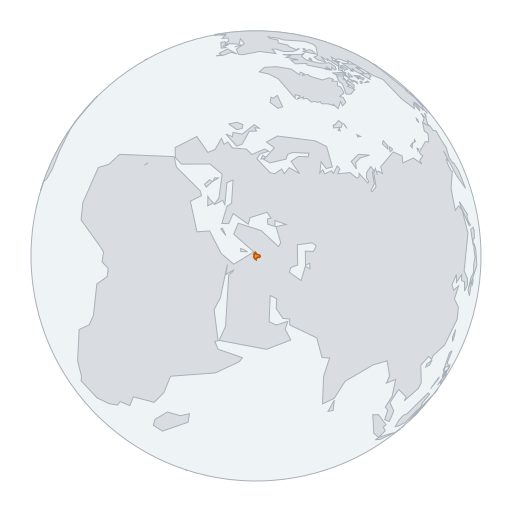 globe centered on Aleppo, rotated 38°
{"feature_id": "SYR-137", "entity_name": "Aleppo", "entity_type": "Province", "adm_level": 1, "iso_a3": "SYR", "parent_name": "Syria", "parent_adm1": "", "projection": "orthographic", "projection_center": [37.495, 36.172], "detail": "fine", "context": "on_globe", "style": "filled", "palette": "amber", "viewbox_px": 512, "rotation_deg": 38, "n_neighbors": 0, "source": "natural_earth", "source_scale": "10m", "svg_char_len": 11377}
<svg xmlns="http://www.w3.org/2000/svg" viewBox="0 0 512 512"><g transform="rotate(38 256 256)"><circle cx="256" cy="256" r="225" fill="#eef3f6" stroke="#a8b0b8"/><path d="M224.9,32.9L238.6,32.1L264.8,32.6L274.5,32.6L271.3,33.3L290.6,33.7L305.7,36.5L287.7,33.7L285.2,33.8L295.0,35.5L294.6,36.0L299.1,37.4L297.6,38.1L287.2,37.1L286.1,37.7L293.1,38.9L296.1,40.9L286.0,38.9L290.1,42.3L273.5,42.5L247.5,38.7L237.3,41.6L208.0,45.5L209.7,46.7L199.7,49.7L198.0,52.3L193.0,52.8L195.9,54.5L200.8,53.6L203.7,54.1L203.1,55.8L196.7,56.5L196.0,55.8L193.9,57.0L190.9,56.8L192.0,57.8L184.3,58.9L191.0,60.3L184.1,63.4L179.3,63.5L181.1,60.1L174.2,54.1L169.9,54.2L161.9,57.1L144.3,69.0L138.9,70.9L130.7,75.9L133.0,76.0L140.3,72.3L142.5,74.4L151.1,70.2L153.3,70.7L161.6,68.3L158.9,72.4L151.8,77.9L144.8,80.4L141.4,83.1L147.0,84.2L132.8,92.7L121.5,105.7L118.0,107.9L113.2,105.1L116.1,95.8L109.9,94.4L112.4,99.4L103.6,105.6L101.5,108.6L101.1,110.9L103.9,110.3L100.6,113.6L96.8,109.3L99.8,106.2L100.9,107.4L102.2,103.4L99.7,101.5L95.4,105.4L96.0,100.2L93.0,103.1L91.4,103.9L96.2,99.5L87.6,107.6L87.4,106.5L98.4,95.0L110.2,84.3L122.7,74.4L135.8,65.5L149.6,57.4L163.9,50.4L178.6,44.4L193.8,39.5L209.2,35.6L224.9,32.9ZM32.5,227.4L31.4,245.4L31.0,256.4L30.8,259.5L31.2,265.8L31.3,269.0L36.4,293.9L41.9,312.6L43.6,323.7L42.9,328.1L45.9,337.3L40.7,322.2L36.5,306.8L33.5,291.1L31.5,275.3L30.7,259.3L31.1,243.3L32.5,227.4ZM233.5,31.8L234.6,31.7L231.4,32.1L230.3,32.2L233.5,31.8ZM281.5,32.8L276.2,32.2L281.5,32.6L281.5,32.8ZM299.9,37.5L301.6,37.6L303.2,38.3L299.9,37.5ZM162.5,66.3L162.1,67.2L160.8,67.2L162.5,66.3ZM166.6,64.4L165.4,63.6L167.2,62.6L167.8,63.1L166.6,64.4ZM302.5,40.2L304.6,41.6L300.7,39.9L302.5,40.2ZM167.6,65.7L170.4,61.1L173.5,59.5L178.7,60.1L167.6,65.7ZM304.6,42.3L309.9,46.3L314.0,46.6L305.2,48.4L303.7,44.1L298.2,41.8L302.9,42.7L304.6,42.3ZM202.6,52.6L197.4,53.7L202.2,51.4L202.6,52.6ZM205.0,51.1L215.8,44.3L223.2,43.9L218.1,46.1L228.0,44.8L226.3,47.9L220.4,49.3L216.0,48.8L218.7,50.5L205.0,51.1ZM299.5,49.0L299.3,50.1L297.6,48.8L299.5,49.0ZM205.2,54.2L206.7,52.7L213.2,52.2L211.4,55.2L209.8,54.3L205.2,54.2ZM231.5,43.1L236.0,43.5L235.8,46.1L237.6,46.6L226.9,48.0L231.5,43.1ZM208.1,55.3L210.2,56.7L206.6,58.6L204.1,55.7L208.1,55.3ZM215.7,50.9L218.7,50.9L216.4,51.8L215.7,50.9ZM195.1,66.4L196.8,64.3L200.3,63.7L195.1,66.4ZM211.3,57.2L212.5,56.6L214.1,56.2L214.7,57.6L211.3,57.2ZM227.5,49.8L226.5,50.9L231.9,49.4L232.0,51.5L224.9,52.1L228.0,52.8L228.0,53.5L222.2,53.3L227.5,49.8ZM220.1,58.1L211.1,60.1L207.2,64.0L203.9,64.5L210.8,58.2L220.1,58.1ZM221.8,55.2L220.0,57.0L216.9,56.5L216.2,55.0L221.8,55.2ZM234.6,52.9L236.3,49.4L237.8,49.4L234.6,52.9ZM219.6,59.3L221.8,58.8L219.7,59.6L219.6,59.3ZM230.7,54.8L231.1,53.5L232.8,53.6L230.7,54.8ZM225.9,59.1L223.0,59.6L222.4,58.5L225.9,59.1ZM228.6,57.2L230.8,57.6L223.9,57.8L228.5,56.6L228.6,57.2ZM232.3,55.1L233.4,54.7L231.9,55.7L232.3,55.1ZM229.7,63.3L221.2,63.8L219.9,61.1L228.4,61.0L229.7,63.3ZM86.7,320.5L77.3,283.3L83.6,274.4L85.9,259.9L130.3,228.1L138.5,234.9L172.0,239.0L175.9,242.1L170.5,253.2L194.6,273.3L204.0,264.8L227.1,275.5L243.5,276.2L251.8,254.1L225.1,252.5L221.8,241.1L244.4,232.8L267.9,234.7L267.4,230.4L253.7,220.5L260.3,212.6L249.1,216.4L252.8,221.0L245.9,223.7L242.1,219.8L244.6,217.0L237.8,214.7L227.7,229.4L230.3,235.7L211.9,236.6L214.5,247.3L209.1,251.4L202.6,235.0L204.2,229.4L191.2,210.3L187.9,216.1L199.9,234.8L195.6,232.7L191.2,241.6L191.2,233.3L178.9,212.3L163.0,211.9L140.7,229.5L131.9,228.1L125.5,220.3L135.8,198.3L154.3,204.0L158.2,197.2L156.3,184.6L162.1,187.7L163.6,183.5L170.8,185.3L182.7,177.7L190.3,178.6L196.8,166.5L201.6,165.5L196.4,172.8L196.8,178.8L215.9,181.7L220.1,179.6L222.7,171.6L227.6,173.8L227.8,165.9L239.6,164.2L225.3,159.8L228.1,151.4L236.1,145.7L234.5,142.4L221.3,151.7L218.4,156.2L220.0,161.2L209.7,174.0L202.8,175.1L203.8,159.5L194.1,159.7L199.1,148.2L231.6,128.9L244.2,126.2L261.4,138.9L257.4,143.9L249.3,141.6L255.2,151.4L255.5,146.9L259.5,149.0L263.2,142.2L266.3,143.4L264.5,135.0L268.7,135.8L269.7,141.0L278.7,132.4L287.8,132.5L288.4,130.1L286.4,127.4L299.3,129.8L299.1,127.9L294.9,126.3L291.7,121.8L291.3,114.8L295.8,116.0L296.5,118.6L304.9,126.4L306.3,133.8L308.1,133.7L308.0,127.6L297.7,118.0L296.2,113.5L301.7,117.3L299.5,115.6L300.2,113.8L305.0,113.2L299.3,108.9L300.1,89.5L309.6,87.2L314.4,92.3L319.7,81.9L330.0,81.4L326.0,79.8L325.9,74.5L322.7,74.5L320.7,73.4L319.0,61.4L322.0,60.0L316.8,54.2L314.7,53.5L312.1,54.2L305.2,48.4L314.0,46.6L318.2,48.1L320.8,46.5L330.1,50.4L338.9,53.3L347.4,59.4L353.7,61.7L354.0,60.9L362.7,63.8L379.6,73.7L364.6,69.2L339.0,57.7L349.3,62.4L346.5,62.6L350.0,65.2L357.3,68.8L358.4,68.3L368.1,82.7L384.9,97.3L384.7,91.8L389.9,92.7L408.9,107.4L429.2,139.6L436.3,143.5L440.3,148.4L441.9,155.2L436.2,148.0L433.1,148.8L429.6,144.1L430.2,153.4L425.3,147.1L428.2,158.0L432.8,161.2L434.1,154.9L438.8,167.7L446.8,171.5L453.5,181.9L459.5,210.2L456.9,225.2L457.9,229.3L453.9,228.9L453.1,240.6L464.2,254.1L465.5,260.1L462.0,278.8L461.1,274.6L450.6,273.3L451.8,289.0L460.0,293.4L462.9,304.4L458.1,305.7L454.7,296.3L450.9,295.5L449.6,282.6L442.0,267.3L437.0,275.9L435.1,268.3L423.9,257.8L415.3,269.7L403.3,300.0L405.3,319.9L399.5,331.6L383.4,309.3L376.8,291.0L370.6,295.4L354.3,283.1L325.1,289.6L321.3,284.9L315.7,288.6L304.3,285.0L298.6,276.9L291.5,278.4L306.8,299.7L314.4,298.0L321.3,287.9L324.1,295.7L335.1,300.8L321.7,323.1L278.9,345.2L275.4,330.3L246.1,287.6L247.3,282.6L247.2,282.1L246.9,281.0L243.6,289.2L238.7,280.3L253.7,311.1L256.0,324.0L278.3,346.2L276.1,348.7L283.5,352.8L307.9,344.5L307.9,349.5L296.0,373.1L262.7,403.3L267.5,420.4L265.8,434.0L246.0,442.5L248.7,451.6L238.6,454.3L238.6,458.8L231.0,462.9L218.1,465.6L194.9,462.0L192.7,458.3L179.9,448.4L161.9,422.8L166.9,412.9L164.5,402.9L147.8,376.1L151.4,363.8L147.2,356.8L138.3,355.4L133.5,346.8L128.2,344.7L95.9,335.2L86.7,320.5ZM113.6,248.9L112.1,253.1L113.6,248.9ZM292.2,248.3L306.7,247.6L301.3,233.9L306.4,232.7L302.7,228.7L300.8,232.9L291.9,221.8L298.5,217.0L297.3,210.9L292.3,210.9L281.6,221.7L294.4,237.4L290.6,243.6L292.2,248.3ZM48.7,167.8L47.6,170.5L48.1,169.3L48.7,167.8ZM103.8,105.8L104.0,106.3L102.9,109.1L102.0,108.6L103.8,105.8ZM106.8,117.8L101.4,122.8L104.6,118.7L102.2,118.7L106.1,110.3L116.4,108.6L111.0,110.7L106.8,117.8ZM114.1,99.5L110.5,104.5L114.0,99.1L114.1,99.5ZM164.8,160.5L166.6,164.1L163.0,168.3L153.4,168.6L158.6,162.4L164.8,160.5ZM170.1,168.4L173.7,153.6L179.8,153.3L175.8,155.9L179.5,157.2L173.9,161.8L176.2,176.5L173.1,181.3L157.1,178.4L164.0,176.5L161.8,172.8L170.1,168.4ZM172.3,121.3L174.0,116.3L185.1,122.0L182.3,126.1L172.5,126.3L170.1,121.6L172.3,121.3ZM176.3,68.4L176.2,67.0L178.0,66.7L179.5,67.5L176.3,68.4ZM195.6,65.5L178.5,74.2L177.5,73.0L168.7,80.3L162.7,80.1L168.6,75.2L157.4,80.9L160.3,76.4L153.0,80.8L166.9,70.0L169.1,66.7L168.9,70.4L174.3,70.6L177.3,69.7L187.6,64.8L195.0,58.4L201.6,58.0L204.3,59.5L203.5,61.0L199.5,60.6L201.3,62.9L194.9,63.6L195.6,65.5ZM231.7,84.4L227.4,82.2L230.0,89.3L223.6,89.0L224.3,89.8L219.1,91.7L214.0,95.6L211.3,94.8L210.4,96.7L207.0,98.2L204.9,100.6L199.4,100.3L196.4,103.3L195.5,101.5L191.9,106.9L192.1,102.8L187.6,104.7L189.8,107.7L164.7,102.7L154.1,104.7L145.1,108.9L146.6,102.0L155.9,94.0L168.7,87.0L178.7,86.5L177.6,83.8L182.0,82.8L181.1,85.4L185.2,81.0L188.6,80.9L200.0,76.4L203.8,70.7L208.1,69.1L208.3,71.4L212.4,68.3L215.6,71.7L218.7,70.7L225.1,73.4L223.6,78.7L227.2,77.4L232.2,79.7L231.7,84.4ZM231.3,64.1L231.1,70.0L227.5,72.9L218.0,67.1L214.7,67.5L208.5,64.5L213.9,60.5L215.2,61.6L217.7,61.9L215.0,63.0L219.0,62.3L220.9,64.0L224.5,64.0L223.5,65.9L231.3,64.1ZM181.3,238.6L184.5,239.8L189.8,240.3L187.1,246.2L181.3,238.6ZM172.6,224.4L175.7,224.3L174.5,232.3L171.2,231.2L172.6,224.4ZM178.4,217.7L176.0,223.7L175.3,219.8L178.4,217.7ZM199.3,172.5L202.7,172.2L202.6,174.1L200.3,176.6L199.3,172.5ZM238.1,107.4L236.2,105.1L237.4,104.3L237.6,98.4L242.4,98.4L244.1,102.0L238.1,107.4ZM246.7,257.8L241.4,261.9L239.2,259.7L241.4,258.7L246.7,257.8ZM212.4,254.7L219.7,258.5L211.6,256.3L212.4,254.7ZM243.3,106.4L242.8,103.9L245.5,105.5L243.3,106.4ZM245.9,98.2L249.2,99.5L243.0,97.7L245.9,98.2ZM332.1,468.0L333.7,467.4L334.3,467.2L332.1,468.0ZM304.8,428.8L290.1,451.6L279.3,452.6L277.0,446.9L282.2,433.5L294.6,428.5L300.7,421.3L304.8,428.8ZM476.0,304.4L475.7,305.6L476.2,303.7L476.0,304.4ZM475.2,306.5L476.3,302.7L474.6,309.1L475.2,306.5ZM477.2,298.5L476.7,301.2L477.4,297.8L477.2,298.5ZM474.2,309.4L466.8,323.9L463.2,327.4L464.6,323.0L470.4,314.5L474.2,309.4ZM464.3,323.4L458.1,323.3L445.8,309.2L450.3,305.6L462.3,309.0L461.7,312.5L465.5,314.1L464.3,323.4ZM477.1,285.9L476.3,294.8L472.8,302.3L470.8,304.7L469.6,297.0L470.3,290.3L472.1,287.5L476.0,257.8L477.9,258.0L477.4,269.2L478.8,272.8L477.1,285.9ZM406.4,321.3L411.9,330.3L408.4,334.0L406.4,321.3ZM475.4,240.4L475.3,253.1L474.7,238.3L475.4,240.4ZM473.8,228.0L474.9,231.7L473.4,229.8L473.8,228.0ZM459.9,234.9L458.2,239.0L457.1,236.3L458.7,229.5L459.9,234.9ZM458.6,190.9L462.4,199.0L463.5,202.4L460.8,199.0L458.6,190.9ZM283.4,106.6L277.8,114.5L277.0,121.0L281.5,125.6L272.8,122.9L274.1,112.8L283.4,106.6ZM297.6,91.3L293.6,87.8L296.8,87.5L298.2,88.2L297.6,91.3ZM294.1,90.5L286.5,89.9L285.2,86.8L291.5,87.9L294.1,90.5ZM264.8,97.4L262.8,99.6L260.7,98.2L264.8,97.4ZM479.4,272.2L479.7,275.7L480.7,267.6L479.9,275.9L479.9,280.8L479.4,285.1L479.6,279.4L478.5,289.8L478.0,291.8L478.4,285.0L479.3,273.3L479.7,267.1L481.0,256.7L479.4,272.2ZM481.3,254.8L481.2,253.0L481.1,248.1L481.2,249.3L481.3,254.8ZM480.1,243.2L478.7,240.1L478.5,246.0L477.9,229.9L479.5,235.4L480.1,243.2ZM477.2,231.6L477.2,237.0L476.6,228.3L477.2,231.6ZM476.5,235.6L475.4,231.2L476.0,229.4L476.5,235.6ZM477.5,230.1L475.7,221.7L477.0,225.1L477.5,230.1ZM472.3,221.9L475.5,224.3L473.2,227.9L468.1,213.2L468.8,209.9L472.3,221.9ZM444.7,147.0L441.8,143.7L441.0,140.2L443.2,143.4L444.7,147.0ZM435.7,127.3L439.8,138.3L442.7,147.9L444.0,147.8L448.7,155.9L444.2,152.5L438.8,140.9L437.5,134.9L432.9,128.8L429.2,121.9L423.2,116.1L420.1,111.9L425.1,115.5L435.7,127.3ZM420.6,113.9L408.8,102.9L409.3,99.7L412.0,101.4L417.2,107.6L416.6,108.9L420.6,113.9ZM406.0,99.5L405.3,100.8L386.5,90.7L382.7,87.9L397.3,93.1L397.4,94.7L402.0,98.0L406.0,99.5ZM301.7,50.4L299.5,50.1L301.0,49.6L301.7,50.4ZM319.0,73.6L316.6,72.0L318.5,71.2L319.0,73.6ZM311.1,67.4L310.6,69.3L309.3,66.8L311.1,67.4ZM309.9,74.0L309.5,69.9L312.5,74.6L309.9,74.0Z" fill="#d9dde1" stroke="#a8b0b8" stroke-width="1"/><path d="M258.3,253.1L258.5,253.1L259.1,253.3L259.3,253.4L259.6,253.7L259.6,253.9L259.6,254.0L259.4,254.0L259.5,254.2L259.7,254.5L259.7,254.8L259.6,255.0L259.4,255.2L259.2,255.4L258.9,255.5L258.4,255.6L258.2,255.6L258.0,255.8L257.9,255.9L257.9,256.0L257.8,256.3L257.9,256.5L258.0,256.5L258.2,256.8L258.1,257.0L257.9,257.3L257.8,257.6L257.7,257.9L257.7,258.1L257.8,258.2L258.4,258.9L257.0,258.9L256.7,258.9L256.3,258.6L255.7,258.6L255.4,258.5L255.1,258.4L254.9,258.3L254.7,258.2L254.6,257.9L254.7,257.7L254.6,257.4L254.4,257.4L254.2,257.0L254.1,256.8L254.1,256.7L253.7,256.4L253.6,256.2L253.8,256.0L253.8,255.9L253.9,255.7L253.7,255.5L253.7,255.4L253.4,255.4L253.3,255.5L253.3,255.4L253.2,255.4L253.2,255.2L253.0,254.8L253.0,254.7L253.1,254.4L253.1,254.2L253.2,253.9L253.2,253.7L253.3,253.6L253.3,253.4L253.9,253.6L254.1,253.6L254.3,253.7L254.4,253.8L254.5,253.8L254.5,254.0L254.8,254.1L255.1,254.1L255.7,254.2L255.8,254.2L256.1,254.0L256.3,253.9L256.5,253.8L257.0,253.7L257.5,253.4L258.0,253.2L258.3,253.1Z" fill="#f59e0b" stroke="#b45309" stroke-width="1.5"/></g></svg>